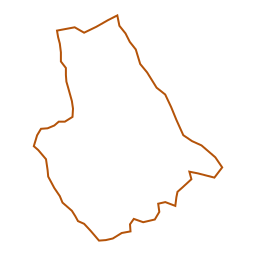 Agios Andronikos Trikomou, Cyprus
{"feature_id": "46923920B63709506451414", "entity_name": "Agios Andronikos Trikomou", "entity_type": "district", "adm_level": 2, "iso_a3": "CYP", "parent_name": "Cyprus", "parent_adm1": "", "projection": "robinson", "projection_center": [33.858, 35.342], "detail": "fine", "context": "isolated", "style": "outline", "palette": "amber", "viewbox_px": 256, "rotation_deg": 0, "n_neighbors": 0, "source": "geoboundaries", "source_scale": "gbopen_adm2", "svg_char_len": 954}
<svg xmlns="http://www.w3.org/2000/svg" viewBox="0 0 256 256"><path d="M57.0,30.6L58.1,37.1L59.8,43.6L60.9,52.3L60.9,61.5L65.9,68.0L65.9,75.1L66.4,81.6L68.1,87.5L71.9,101.1L73.0,108.7L72.5,116.9L64.8,121.7L58.7,121.7L54.3,125.5L47.6,128.3L41.0,128.8L37.1,135.3L35.3,141.3L35.1,141.9L33.8,146.2L38.2,150.0L46.0,159.2L47.6,170.1L48.2,176.6L54.3,188.0L59.8,196.1L62.5,202.6L71.9,210.8L75.3,216.2L78.0,221.1L84.1,223.8L90.7,230.9L99.0,240.6L105.7,240.1L112.8,238.5L121.7,233.0L130.5,231.4L130.0,224.3L133.8,218.9L143.2,222.2L154.8,219.5L159.3,211.9L158.2,203.7L165.3,202.1L175.3,205.9L176.4,197.2L177.5,191.8L182.5,187.4L191.4,179.2L189.4,171.7L198.0,173.4L214.4,177.6L222.2,167.4L215.3,157.3L201.5,145.4L192.0,141.1L183.3,135.2L176.4,119.9L171.2,107.2L165.2,94.5L156.6,87.7L147.1,72.4L140.2,64.0L135.8,49.5L129.8,41.9L125.5,33.4L119.4,25.8L117.3,15.4L107.9,20.2L96.3,26.8L84.1,32.7L74.7,27.3L57.0,30.6Z" fill="none" stroke="#b45309" stroke-width="2"/></svg>